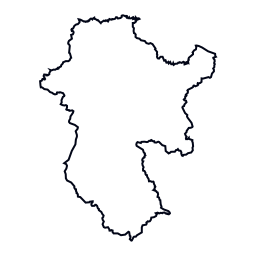 the district of Caiapônia, Goiás, Brazil, rotated 90°
{"feature_id": "56859067B55924998063640", "entity_name": "Caiapônia", "entity_type": "district", "adm_level": 2, "iso_a3": "BRA", "parent_name": "Brazil", "parent_adm1": "Goiás", "projection": "albers", "projection_center": [-51.8, -16.976], "detail": "fine", "context": "isolated", "style": "outline", "palette": "ink", "viewbox_px": 256, "rotation_deg": 90, "n_neighbors": 0, "source": "geoboundaries", "source_scale": "gbopen_adm2", "svg_char_len": 5736}
<svg xmlns="http://www.w3.org/2000/svg" viewBox="0 0 256 256"><g transform="rotate(90 128 128)"><path d="M152.5,64.8L150.3,63.2L147.7,63.5L146.3,62.9L142.3,63.3L141.6,63.8L140.1,63.6L138.9,67.1L137.8,67.2L139.1,68.4L139.1,69.9L138.1,70.1L136.6,69.4L135.8,70.2L133.8,71.0L132.0,69.4L131.0,69.4L127.9,67.2L127.8,65.3L127.1,63.7L126.5,63.4L122.8,64.5L117.5,68.5L116.3,69.0L115.0,68.7L113.1,70.9L107.6,73.6L106.6,73.3L106.0,71.9L104.5,71.6L102.2,69.5L100.7,70.0L100.3,71.6L99.5,72.2L98.1,70.8L96.4,70.8L96.0,69.8L95.5,69.5L94.6,70.1L92.8,68.2L91.2,68.1L90.5,68.6L89.8,68.1L87.7,63.9L86.9,62.9L85.7,62.5L85.5,62.0L86.3,60.7L85.4,58.4L84.8,57.9L83.7,58.4L83.1,58.2L83.4,57.3L82.9,55.7L81.9,54.5L78.4,54.4L78.6,53.0L77.1,47.5L77.8,46.1L77.1,45.0L73.5,44.0L71.4,42.1L69.7,42.1L68.5,42.8L67.1,41.7L65.2,41.7L64.1,41.2L63.4,41.8L62.7,41.8L61.2,41.3L59.7,41.5L58.4,42.6L57.7,42.7L56.8,40.1L56.0,40.7L53.8,40.9L51.3,47.9L47.5,53.9L46.0,57.2L45.5,59.6L45.6,60.2L47.0,59.7L49.4,60.1L50.4,61.9L52.4,63.4L52.9,63.0L54.3,63.0L57.7,67.1L59.3,67.6L59.9,67.2L61.1,68.0L63.0,67.7L62.1,69.5L63.0,70.8L63.8,69.8L64.4,71.5L62.2,71.8L61.8,72.7L62.9,74.3L62.2,76.3L62.8,77.0L62.6,77.7L63.6,78.6L63.8,80.9L64.8,82.2L63.1,82.8L64.3,83.3L64.2,84.8L62.0,85.8L63.4,87.2L61.9,87.7L62.7,88.8L62.7,89.6L60.2,90.5L60.7,91.8L56.8,93.4L56.8,95.5L58.6,97.0L58.3,98.3L56.9,99.0L54.7,98.7L54.2,99.1L51.9,98.9L49.3,101.0L48.5,100.5L44.1,103.5L43.1,105.6L43.8,107.2L43.1,109.6L41.0,111.2L40.3,115.0L38.7,116.5L38.1,119.1L36.9,120.5L34.5,120.3L33.3,121.3L33.1,122.0L31.0,122.4L28.2,122.1L26.8,123.2L23.0,123.2L23.0,121.8L22.5,121.5L22.3,120.6L19.9,119.2L18.9,116.6L18.3,117.2L18.4,119.4L17.6,120.1L18.7,120.1L19.3,120.8L18.6,121.0L19.0,122.7L17.6,122.3L17.1,122.8L18.3,124.8L18.3,126.3L18.0,126.9L17.4,127.0L18.1,127.8L17.7,128.1L17.8,129.1L17.3,129.4L16.9,128.9L16.0,129.1L15.9,129.8L16.5,130.1L15.4,132.6L15.4,133.7L15.7,134.3L17.0,134.3L18.0,135.5L18.5,138.1L17.3,139.0L17.2,139.9L18.6,140.7L19.2,142.3L19.0,143.8L19.6,144.1L19.7,144.8L19.0,146.6L21.3,147.9L20.5,148.6L21.0,148.9L20.3,150.1L21.1,151.0L20.6,152.1L22.4,154.8L23.1,155.2L20.0,158.2L20.3,158.7L19.0,160.6L18.9,161.5L17.7,161.7L18.8,163.5L19.4,163.7L18.6,164.8L18.7,165.4L20.3,167.1L20.7,166.8L21.0,167.2L20.9,167.8L21.4,167.9L21.6,168.6L21.3,169.2L21.9,170.2L21.3,171.1L21.6,171.9L19.7,175.5L19.3,177.3L21.8,176.3L22.6,176.7L24.2,178.2L24.4,179.7L25.8,181.6L28.5,182.9L28.9,184.2L29.7,184.6L31.0,184.2L30.8,183.4L31.6,182.6L32.7,182.4L34.3,183.1L34.9,184.9L38.7,184.1L40.8,187.0L42.3,187.7L43.7,187.8L44.6,186.8L45.9,186.2L52.8,186.9L53.3,186.1L57.8,184.8L58.3,185.5L60.3,186.4L61.2,187.7L61.1,190.1L62.3,192.9L63.5,193.2L65.2,194.8L66.4,195.0L67.5,197.1L68.5,197.4L68.7,197.9L68.3,198.3L68.9,198.5L68.7,199.1L69.7,200.8L69.6,202.4L70.4,204.6L70.0,205.7L70.5,205.3L73.0,206.7L74.3,206.7L75.4,208.3L75.4,209.4L74.8,209.2L74.5,211.8L76.0,212.4L79.0,210.9L79.5,211.3L79.3,212.2L78.8,212.4L79.0,213.5L80.7,214.3L81.2,215.9L85.6,215.5L87.3,215.2L87.2,214.5L87.8,213.3L89.1,211.7L89.6,208.4L92.1,205.9L92.8,203.8L93.8,202.6L94.4,201.0L94.0,199.3L92.5,199.0L92.4,198.4L92.6,196.5L92.2,196.0L93.2,192.9L95.4,191.6L96.1,191.8L96.9,193.1L100.2,194.5L102.4,194.3L104.2,195.3L105.1,193.6L105.5,191.5L105.1,190.1L105.8,189.0L107.6,189.0L109.5,189.7L109.8,189.3L110.2,186.8L110.8,186.6L110.4,183.7L111.2,182.6L112.7,183.0L116.4,185.5L118.9,185.8L120.5,186.8L121.9,187.0L123.1,186.1L124.9,181.2L127.2,178.1L128.8,178.4L131.2,180.3L135.0,179.1L136.7,179.1L139.5,180.1L144.4,180.6L150.9,184.2L159.8,187.4L163.2,191.8L164.1,189.8L165.8,189.0L168.5,189.6L171.3,191.3L174.1,190.3L178.4,190.1L180.5,188.9L182.5,184.8L186.3,181.6L187.7,181.7L189.6,180.5L189.5,180.0L191.4,179.9L192.4,179.2L193.0,179.5L194.2,178.2L196.6,178.1L197.1,175.7L202.6,170.4L202.3,166.7L201.7,166.2L201.3,163.3L202.0,163.3L203.6,164.6L204.9,164.6L205.9,163.9L205.8,161.5L204.8,160.8L204.8,160.1L205.9,158.9L208.4,158.1L209.0,157.1L210.2,157.1L211.9,154.7L214.3,153.5L215.5,152.4L217.1,152.8L218.1,153.7L219.8,153.3L221.5,152.2L224.2,153.4L227.1,152.2L227.7,150.9L227.2,148.0L229.5,146.6L230.6,146.5L230.7,145.9L230.1,144.6L230.5,143.4L231.9,143.5L233.4,142.4L233.4,138.2L235.2,135.0L234.6,130.8L231.8,127.6L232.2,126.8L235.9,126.2L236.2,125.6L237.3,125.5L239.1,126.2L240.6,124.7L240.4,124.1L237.2,122.5L236.7,121.9L236.7,120.2L235.3,119.1L232.4,114.2L227.3,114.2L225.3,113.4L224.6,109.8L223.6,109.3L222.5,109.6L221.3,108.2L221.6,107.6L221.2,106.1L219.7,105.1L217.6,104.7L217.2,102.1L216.0,99.9L214.3,99.4L213.2,100.3L212.7,98.5L213.4,98.1L213.0,97.4L213.4,96.6L212.8,95.2L213.2,93.6L212.7,93.1L212.5,91.4L213.5,90.4L213.3,89.1L213.5,88.6L214.0,88.7L214.3,87.2L213.4,86.1L212.5,86.3L211.1,87.6L209.4,92.3L207.7,95.0L206.5,94.5L204.4,95.3L200.2,95.7L199.9,96.4L197.5,97.0L196.9,98.5L194.3,97.9L192.5,98.3L192.2,99.2L191.2,99.7L190.1,102.5L189.3,101.3L188.6,101.6L186.9,100.7L186.6,101.2L185.9,101.0L183.7,102.1L182.1,102.3L181.6,102.7L181.8,104.3L181.2,105.4L181.3,107.0L179.0,107.4L176.8,108.8L175.1,109.1L175.0,109.9L173.9,110.6L172.8,110.5L171.0,111.5L170.6,112.9L168.7,113.0L167.2,112.4L165.3,113.4L163.4,113.7L161.4,112.8L161.3,113.4L160.0,113.8L158.4,113.2L157.4,111.5L156.5,111.7L155.4,110.6L154.5,111.2L153.4,111.1L152.5,112.2L149.7,113.1L145.9,119.3L144.7,119.7L143.2,119.4L142.1,118.5L143.0,115.1L141.9,114.6L141.7,111.5L142.1,109.1L141.9,108.2L140.8,106.8L140.9,105.3L140.2,105.1L140.0,104.6L141.2,103.1L141.2,101.8L142.4,101.5L142.6,99.8L141.7,97.8L142.0,96.9L145.2,93.7L146.1,90.7L151.0,90.3L153.3,87.5L152.9,87.2L153.1,86.4L151.8,85.0L151.7,81.1L150.1,80.0L150.0,79.0L149.1,78.1L150.6,77.1L150.8,75.4L152.4,74.6L153.2,74.8L155.5,74.1L155.9,73.2L154.9,72.6L154.6,69.8L153.2,68.0L152.5,64.8Z" fill="none" stroke="#020617" stroke-width="2"/></g></svg>